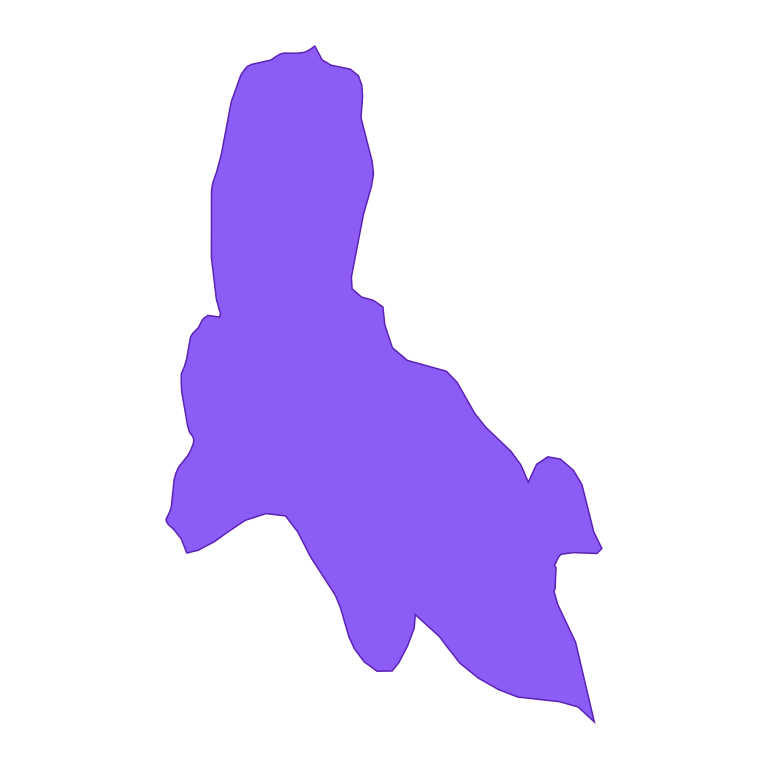 the Province of Svay Rieng
{"feature_id": "KHM-1801", "entity_name": "Svay Rieng", "entity_type": "Province", "adm_level": 1, "iso_a3": "KHM", "parent_name": "Cambodia", "parent_adm1": "", "projection": "robinson", "projection_center": [105.82, 11.175], "detail": "fine", "context": "isolated", "style": "filled", "palette": "violet", "viewbox_px": 768, "rotation_deg": 0, "n_neighbors": 0, "source": "natural_earth", "source_scale": "10m", "svg_char_len": 1719}
<svg xmlns="http://www.w3.org/2000/svg" viewBox="0 0 768 768"><path d="M314.8,46.1L322.2,59.9L331.1,65.2L350.4,69.2L358.5,75.9L361.8,85.2L362.6,96.2L361.0,117.8L372.2,161.6L373.5,174.2L371.4,186.5L363.4,214.7L351.4,277.0L352.1,288.8L361.4,297.0L373.2,300.3L382.9,306.9L384.8,324.8L392.4,347.8L407.4,360.4L446.3,371.2L457.1,382.3L474.8,413.5L485.7,427.2L511.1,451.5L520.9,465.0L528.3,482.2L536.6,464.3L547.8,456.8L560.4,459.1L573.4,470.3L581.9,484.5L593.8,532.0L601.9,548.5L596.8,553.5L589.2,553.2L573.7,552.6L560.9,554.3L558.5,557.2L554.4,565.7L556.0,567.6L555.1,588.9L553.9,590.8L557.6,604.2L575.6,642.3L594.3,721.9L578.1,707.0L559.0,701.6L517.8,697.1L498.5,689.6L478.3,678.1L459.9,663.2L446.3,645.8L439.6,636.8L415.3,614.7L414.2,628.2L407.4,646.3L398.8,662.7L392.1,671.0L377.0,671.2L364.2,661.9L354.3,648.6L348.9,636.7L340.5,607.9L335.4,595.4L310.6,557.0L297.7,531.8L285.5,515.9L266.0,513.6L245.1,520.4L228.1,531.8L227.9,531.9L214.2,541.8L197.7,550.4L186.8,553.0L186.7,552.8L181.3,539.0L174.2,529.9L168.2,524.3L166.4,521.5L166.1,519.1L169.3,512.6L171.3,507.0L174.1,479.8L175.7,473.8L178.0,468.4L179.4,466.1L187.3,456.2L189.0,453.4L190.9,449.8L193.3,443.6L193.8,439.8L192.9,436.9L191.5,434.7L189.8,432.8L187.7,426.3L181.7,391.7L181.2,381.0L181.3,373.9L184.6,366.0L186.6,359.1L190.4,337.7L191.5,335.2L193.0,333.1L198.4,327.7L201.7,321.0L203.4,318.6L208.0,315.4L219.5,317.1L220.5,313.3L218.6,307.8L218.1,305.2L216.4,299.4L211.4,257.3L211.5,191.2L212.2,186.2L213.0,182.2L216.7,171.7L221.4,154.0L231.2,102.0L240.7,75.4L244.1,70.1L247.1,66.6L251.5,64.4L270.6,60.1L278.4,55.0L281.2,53.7L284.2,53.1L296.7,53.2L302.6,52.6L305.1,52.0L307.7,50.8L310.0,49.5L314.8,46.1Z" fill="#8b5cf6" stroke="#5b21b6" stroke-width="1.5"/></svg>